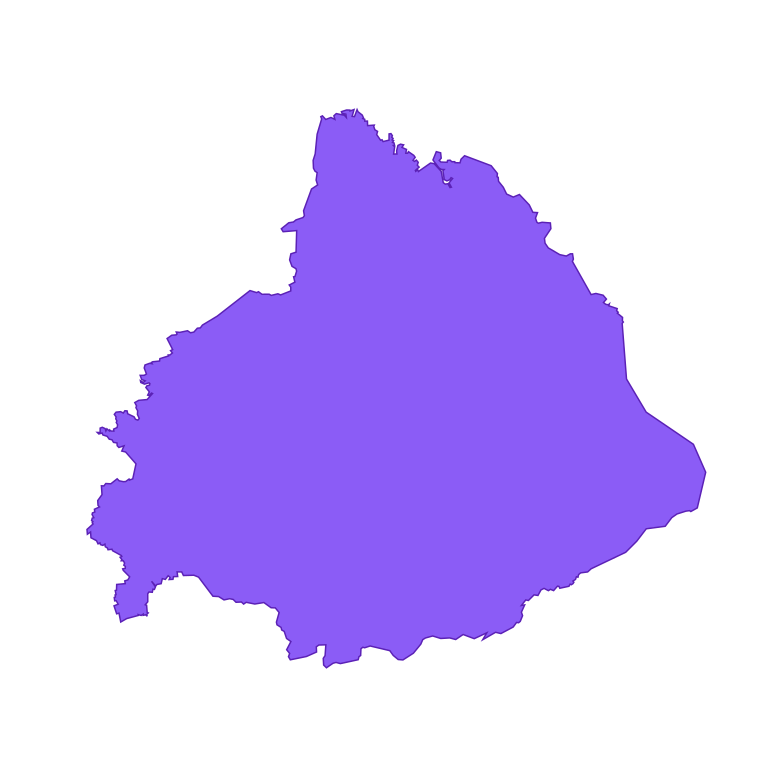 Pampanga, Pampanga, Philippines (Albers equal-area conic projection), rotated 174°
{"feature_id": "2640588B20595662599865", "entity_name": "Pampanga", "entity_type": "district", "adm_level": 2, "iso_a3": "PHL", "parent_name": "Philippines", "parent_adm1": "Pampanga", "projection": "albers", "projection_center": [120.654, 15.023], "detail": "fine", "context": "isolated", "style": "filled", "palette": "violet", "viewbox_px": 768, "rotation_deg": 174, "n_neighbors": 0, "source": "geoboundaries", "source_scale": "gbopen_adm2", "svg_char_len": 6165}
<svg xmlns="http://www.w3.org/2000/svg" viewBox="0 0 768 768"><g transform="rotate(174 384 384)"><path d="M280.0,602.6L283.9,599.5L285.3,596.0L290.3,596.7L290.4,597.7L293.3,598.0L294.9,599.7L297.4,599.7L298.1,597.9L304.2,598.8L305.7,600.5L303.5,602.6L303.5,608.0L307.7,609.6L311.9,601.7L306.8,593.2L304.5,591.4L301.8,591.0L303.1,589.9L302.7,581.0L300.2,579.4L297.4,580.2L295.7,582.2L294.3,581.2L298.3,577.2L296.4,572.7L297.8,572.5L299.5,576.5L302.2,576.4L304.0,578.0L304.9,589.5L311.1,597.9L314.6,598.9L327.6,591.7L328.1,593.7L330.2,592.2L330.5,593.1L326.4,596.0L328.0,598.1L326.8,600.9L328.4,603.3L330.3,602.2L331.8,603.4L329.3,606.2L330.5,608.3L335.4,612.5L336.3,611.1L338.2,611.3L337.1,614.9L341.4,617.4L339.5,619.8L342.5,620.8L345.2,619.8L347.1,614.6L347.1,611.4L350.4,611.7L348.6,618.8L349.6,620.1L348.5,620.0L348.9,622.8L350.3,623.3L349.0,625.1L350.4,625.9L349.3,627.3L350.5,628.6L349.7,630.1L350.9,632.3L352.8,632.2L353.5,626.0L359.6,625.2L360.4,627.1L361.9,626.8L365.2,632.8L364.0,635.9L366.5,637.8L367.3,641.2L366.6,642.5L373.3,642.7L373.0,647.2L375.6,647.4L375.5,649.3L377.3,650.2L376.6,650.8L377.5,653.7L381.4,657.5L382.1,659.7L385.4,653.0L387.7,653.5L385.1,660.1L389.3,659.1L389.3,660.0L392.7,660.4L397.9,659.3L397.4,657.5L393.7,656.4L393.6,653.0L395.3,655.4L403.2,657.9L405.8,656.0L405.2,652.3L408.9,654.6L414.3,653.2L417.2,657.1L418.9,656.5L418.3,654.1L424.4,639.4L428.4,620.0L431.1,613.8L431.6,606.0L430.4,602.9L428.4,601.2L430.2,593.9L429.2,588.9L435.7,585.5L445.9,564.7L445.6,559.7L447.2,558.0L454.4,556.4L457.1,554.6L461.9,554.3L469.9,549.1L468.4,546.0L454.8,545.7L457.7,524.3L463.0,523.2L464.9,517.3L463.2,510.6L459.5,507.9L459.1,505.4L461.3,500.2L462.7,500.1L462.0,494.6L467.9,492.4L466.6,490.1L467.0,486.3L477.5,483.4L480.1,484.8L486.9,483.9L488.8,485.3L496.0,486.0L499.2,488.9L501.1,488.2L507.5,490.9L542.8,468.9L558.4,461.6L560.8,459.0L563.8,459.0L567.7,455.5L571.1,455.2L573.8,457.5L581.6,456.7L585.2,457.4L584.6,455.3L585.5,454.6L590.0,454.7L595.0,451.9L590.6,440.3L592.8,439.5L591.2,437.0L593.8,435.3L595.6,435.4L595.4,434.4L604.2,432.7L604.8,430.3L611.7,430.3L613.1,429.7L612.5,428.4L614.9,429.1L619.7,427.9L620.8,425.0L619.2,418.8L621.5,417.7L625.6,418.1L624.5,413.8L621.2,412.1L623.3,410.7L625.9,412.7L625.7,410.9L622.2,408.9L617.6,409.7L616.8,408.9L617.3,407.4L620.1,406.9L621.2,405.4L618.2,400.7L620.2,397.6L618.9,397.0L616.2,399.3L615.2,398.7L621.2,393.3L629.6,393.4L633.8,391.6L632.4,388.1L633.2,386.4L631.8,383.1L632.4,379.5L631.0,375.3L632.6,373.8L634.9,374.9L635.9,377.4L642.0,381.2L642.3,384.1L644.5,384.5L646.3,382.4L648.8,384.0L653.4,384.0L655.4,382.0L653.9,379.3L654.4,377.4L653.5,375.2L654.3,373.7L653.2,371.3L654.0,368.6L657.6,367.4L657.6,365.4L660.6,365.8L661.6,367.0L662.1,366.1L664.3,368.4L665.5,366.4L666.0,368.8L668.7,370.4L670.9,369.8L671.4,365.4L674.2,365.8L672.8,364.1L669.5,364.7L668.9,362.7L664.8,360.9L663.0,357.8L660.4,357.0L659.1,354.2L655.7,353.3L655.8,350.5L654.3,348.6L649.0,349.7L651.8,344.7L648.1,343.4L639.0,330.5L643.8,315.9L647.2,315.1L647.5,316.1L651.1,314.0L653.4,314.1L657.5,315.4L659.3,317.6L666.1,313.3L671.1,314.1L673.2,311.9L675.7,312.3L676.0,303.5L680.9,298.0L681.1,293.2L679.8,291.5L685.1,289.7L685.0,286.9L687.4,286.3L688.0,284.7L686.6,281.4L688.2,281.1L689.1,278.7L687.9,277.6L688.7,276.5L688.0,275.2L694.6,270.4L694.7,265.6L691.3,267.5L691.5,261.7L686.3,258.2L685.1,254.9L683.1,255.7L682.8,253.9L680.5,252.9L678.3,253.9L678.2,251.3L676.2,249.8L675.8,248.0L671.8,248.1L671.4,246.6L663.1,240.8L662.8,239.9L664.6,239.3L663.0,236.7L663.8,235.7L661.7,235.4L660.7,233.0L661.7,231.0L660.3,229.6L660.6,227.7L663.2,227.5L662.8,225.9L657.1,218.8L659.3,215.9L662.4,215.3L662.2,212.5L670.8,212.6L671.6,206.9L672.9,206.7L672.5,202.5L673.5,202.3L673.4,200.2L674.6,199.9L674.5,196.5L673.0,196.5L671.4,192.8L675.7,191.6L673.9,183.4L671.5,183.8L670.7,174.8L664.4,177.6L652.5,179.5L652.6,180.4L649.7,179.2L647.5,180.3L647.6,179.1L645.3,179.4L643.7,177.8L644.2,179.5L642.4,181.0L643.4,181.7L643.2,188.7L644.5,189.4L641.7,192.1L640.9,200.1L639.5,201.7L636.2,201.1L635.2,204.1L633.8,203.7L632.5,206.1L635.8,212.1L632.2,206.9L630.7,208.4L626.5,208.7L624.8,213.6L621.9,212.5L618.7,215.9L616.9,214.0L618.1,212.0L614.3,211.8L613.5,214.4L609.3,214.1L609.4,218.8L604.8,218.2L603.5,214.5L593.1,213.7L588.6,211.3L576.3,190.8L570.7,189.9L565.7,186.0L560.0,186.6L556.5,185.5L554.0,182.4L548.6,182.1L546.6,179.8L543.9,181.3L535.5,178.7L526.3,179.2L519.7,173.3L515.5,172.7L512.2,167.7L515.9,158.4L515.6,155.7L511.8,152.7L511.5,150.1L509.1,148.4L507.5,141.1L503.5,137.6L508.6,129.9L506.0,125.9L507.5,122.8L506.0,119.5L489.6,121.1L479.1,124.5L478.8,129.7L476.1,131.2L469.1,130.7L471.0,120.0L473.1,117.5L473.4,110.8L470.9,107.8L463.9,111.6L460.8,112.1L456.6,110.5L438.5,112.5L437.4,115.4L435.6,116.4L434.6,123.1L432.6,124.4L430.8,123.7L425.2,124.9L406.1,118.2L403.2,113.1L398.7,108.5L394.0,107.6L382.9,113.2L374.6,121.4L372.2,125.7L369.3,127.1L361.9,128.3L354.2,125.0L345.2,124.6L339.4,122.4L331.5,126.6L320.9,121.3L307.8,125.8L312.5,119.4L299.0,125.4L293.8,123.6L280.9,128.8L277.1,133.0L275.1,132.5L273.3,133.7L270.4,139.1L271.2,142.7L267.2,149.6L270.5,149.4L265.6,154.4L263.0,153.6L256.8,158.6L253.0,157.6L249.4,162.8L246.2,164.0L242.1,161.3L240.0,162.4L236.9,160.8L232.6,164.8L231.2,164.5L230.5,162.5L221.2,163.5L219.8,165.5L218.7,164.8L216.9,165.7L215.9,167.0L216.7,168.3L214.0,169.6L212.8,172.2L211.3,171.6L210.4,174.1L208.2,175.6L201.1,175.8L197.3,178.6L161.2,191.4L149.1,201.2L138.3,212.6L119.2,213.1L111.8,221.0L106.2,224.1L97.0,226.0L93.4,226.1L92.2,225.1L85.4,228.0L73.3,262.6L82.6,291.7L126.2,328.6L142.3,363.6L140.8,419.4L139.5,420.6L140.3,422.0L139.8,425.3L144.5,430.0L143.6,430.9L145.0,432.6L144.2,434.6L152.3,438.3L151.6,440.0L152.6,439.3L155.2,440.1L157.2,442.1L153.9,445.2L156.8,449.4L163.8,451.9L168.7,451.3L183.8,486.2L182.6,488.4L182.9,493.8L185.1,494.0L189.3,492.2L195.7,494.3L206.4,502.2L209.1,507.2L209.2,512.1L201.8,521.0L201.7,526.8L209.9,528.3L213.7,527.8L215.0,528.8L216.0,533.1L213.4,538.4L218.0,539.2L220.8,546.9L229.5,558.3L235.9,556.4L242.2,560.1L244.8,567.2L248.9,573.6L248.8,577.6L249.9,578.3L249.2,581.5L254.6,589.9L280.0,602.6Z" fill="#8b5cf6" stroke="#5b21b6" stroke-width="1.5"/></g></svg>